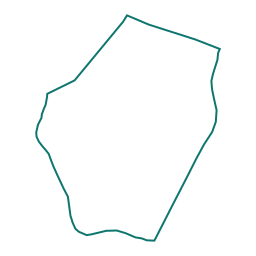 Docamel/La Resource, Vieux Fort, Saint Lucia (Robinson projection)
{"feature_id": "8701671B98536206371918", "entity_name": "Docamel/La Resource", "entity_type": "district", "adm_level": 2, "iso_a3": "LCA", "parent_name": "Saint Lucia", "parent_adm1": "Vieux Fort", "projection": "robinson", "projection_center": [-60.956, 13.742], "detail": "fine", "context": "isolated", "style": "outline", "palette": "teal", "viewbox_px": 256, "rotation_deg": 0, "n_neighbors": 0, "source": "geoboundaries", "source_scale": "gbopen_adm2", "svg_char_len": 960}
<svg xmlns="http://www.w3.org/2000/svg" viewBox="0 0 256 256"><path d="M53.5,166.6L54.9,169.7L57.3,175.0L63.6,188.5L67.9,196.7L70.5,216.0L71.8,219.9L72.5,222.3L75.4,228.8L78.9,231.8L82.7,233.4L86.6,235.1L91.2,234.4L99.6,232.4L106.2,230.8L110.9,230.7L116.5,230.5L117.7,230.8L125.4,233.1L135.5,237.4L141.8,238.4L146.7,240.3L153.2,240.6L154.4,240.6L157.7,234.2L173.0,204.2L174.2,201.9L188.4,174.3L190.3,170.5L196.8,157.7L198.9,153.9L204.1,144.3L208.7,137.3L212.2,131.9L215.8,121.8L216.6,110.2L214.0,98.8L213.8,97.8L212.2,90.0L211.9,87.5L211.4,81.2L211.9,78.7L213.0,73.9L216.2,63.7L217.4,60.0L218.2,52.7L219.4,49.9L219.8,49.0L194.8,39.3L191.0,38.1L187.6,37.0L167.2,30.5L148.8,24.6L127.0,15.4L123.1,21.7L74.6,80.4L47.3,93.8L47.0,97.1L46.3,101.2L45.6,104.9L43.9,108.7L43.2,110.6L42.4,112.9L41.9,113.8L41.5,117.8L38.0,124.7L36.2,132.6L36.6,136.8L38.8,141.5L42.3,146.1L45.9,150.3L48.8,154.0L50.2,158.0L53.5,166.6Z" fill="none" stroke="#0f766e" stroke-width="2"/></svg>